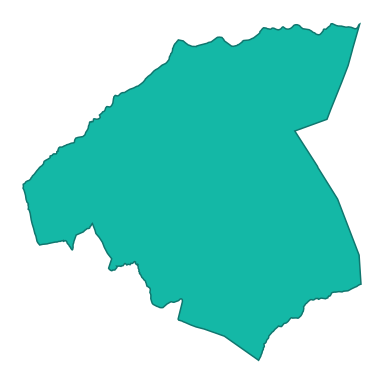 outline of Mudzi, Mashonaland East, Zimbabwe
{"feature_id": "62879985B77595643638308", "entity_name": "Mudzi", "entity_type": "district", "adm_level": 2, "iso_a3": "ZWE", "parent_name": "Zimbabwe", "parent_adm1": "Mashonaland East", "projection": "robinson", "projection_center": [32.554, -17.05], "detail": "fine", "context": "isolated", "style": "filled", "palette": "teal", "viewbox_px": 384, "rotation_deg": 0, "n_neighbors": 0, "source": "geoboundaries", "source_scale": "gbopen_adm2", "svg_char_len": 5804}
<svg xmlns="http://www.w3.org/2000/svg" viewBox="0 0 384 384"><path d="M361.0,284.2L359.1,255.1L337.6,199.1L317.8,167.4L317.6,166.5L294.8,131.0L327.0,119.3L330.9,109.1L341.6,82.5L348.1,65.6L352.4,49.9L352.4,49.6L359.7,24.1L359.2,24.4L358.5,25.4L358.0,26.8L357.2,27.8L356.5,28.5L355.0,28.8L351.2,27.3L348.6,26.9L346.0,27.2L341.4,26.1L338.2,26.0L336.3,25.5L332.4,23.7L331.1,23.8L329.9,26.0L328.6,26.8L325.9,29.3L324.3,29.1L323.8,29.2L323.4,29.7L323.2,30.8L321.3,33.2L320.0,34.5L318.4,34.8L316.2,34.2L314.7,32.9L312.8,32.2L311.6,31.1L309.1,29.7L302.8,28.7L300.7,27.0L300.0,26.1L298.9,25.3L297.0,24.7L295.4,24.8L294.4,25.1L293.7,25.5L292.6,26.8L291.2,28.0L289.9,28.7L288.1,29.2L285.8,28.8L283.2,26.9L282.6,27.0L282.2,27.3L280.7,29.0L279.9,29.4L278.2,29.9L276.1,29.3L273.9,28.2L272.2,28.1L270.8,29.1L270.0,29.3L269.4,29.0L267.3,28.7L266.5,28.2L265.0,27.9L263.5,27.8L262.4,28.7L260.7,30.9L260.0,31.5L259.8,32.9L259.0,33.6L258.7,34.0L253.6,37.9L253.5,38.1L252.5,38.3L249.8,39.7L248.3,40.1L243.7,40.5L242.4,41.3L242.4,41.8L238.7,44.6L238.1,44.6L236.9,45.5L233.1,46.4L232.8,46.2L231.8,46.3L224.4,40.9L223.6,39.3L222.5,38.2L222.1,37.6L221.7,37.4L219.0,37.1L218.4,37.3L217.5,37.3L216.7,37.8L211.2,41.9L208.3,42.5L207.3,43.2L198.7,45.4L197.8,45.8L197.2,45.8L196.3,46.3L196.3,46.5L192.1,46.4L189.2,45.2L188.6,45.2L185.5,42.9L183.2,40.9L178.3,39.9L178.1,40.4L176.9,41.5L176.5,42.2L174.8,44.0L173.9,45.6L173.3,47.4L172.6,48.7L172.6,49.9L172.1,52.0L171.7,52.8L170.8,53.7L170.5,55.0L169.4,56.9L169.2,58.8L168.9,59.7L166.8,62.4L165.6,63.5L162.0,65.2L158.0,68.5L155.7,69.7L153.9,71.0L150.7,74.5L148.2,76.3L145.3,79.1L144.9,80.1L142.9,82.4L138.2,86.0L136.6,86.4L133.6,88.0L129.8,89.3L127.1,90.9L124.6,92.5L122.2,92.7L120.6,93.5L118.9,95.3L118.1,95.8L116.9,95.9L115.7,95.4L115.1,95.5L113.8,97.0L113.7,98.2L113.5,98.5L112.9,102.9L112.0,104.9L110.8,106.5L109.7,107.0L107.4,106.6L106.8,106.6L106.4,107.0L105.6,108.1L105.1,109.9L104.6,110.8L103.6,111.6L102.6,111.9L101.8,113.1L99.4,115.1L99.8,115.8L100.2,117.0L100.2,117.4L99.7,118.1L98.5,118.9L97.3,119.2L96.3,119.2L94.7,118.8L93.6,119.0L93.2,121.0L92.8,121.7L91.6,121.5L91.0,122.2L90.3,121.8L89.7,122.1L89.5,122.7L89.3,124.3L88.5,126.0L88.2,128.3L87.1,130.4L85.8,132.3L85.0,134.7L84.1,135.6L82.8,136.6L78.0,137.4L75.7,138.2L74.8,139.9L74.5,141.1L74.5,142.1L73.8,142.8L71.2,143.2L68.8,144.2L66.6,144.8L65.9,145.3L63.8,146.1L62.9,146.7L61.9,147.1L59.8,147.1L59.0,147.7L58.6,148.2L57.9,150.2L58.2,151.0L57.3,151.3L56.8,151.7L56.8,153.0L56.6,153.4L56.1,153.9L53.7,153.9L53.0,154.3L52.0,155.5L50.4,155.9L50.0,156.2L50.2,157.4L50.0,157.8L48.0,159.1L45.7,160.3L44.1,161.4L43.4,164.0L41.7,165.9L40.7,166.5L39.3,167.7L39.2,168.1L36.8,170.8L34.3,174.2L32.4,176.0L31.8,177.2L31.1,177.9L30.7,178.9L29.8,179.9L29.1,180.4L27.5,180.9L25.9,181.8L24.9,183.3L23.2,184.3L23.4,186.8L23.0,188.1L24.0,190.1L24.8,192.7L25.5,195.3L26.1,199.4L27.0,202.2L27.7,202.8L28.4,204.2L28.0,204.8L28.5,207.0L28.2,209.3L29.2,210.0L30.2,213.5L31.2,219.8L32.2,224.0L33.6,228.5L34.8,233.4L35.9,236.1L37.0,241.2L37.8,242.7L39.7,245.0L42.8,244.3L47.1,243.9L48.5,243.5L55.1,242.1L57.2,242.0L58.8,241.4L60.3,241.4L62.0,240.7L62.5,240.7L63.3,241.2L63.5,240.6L64.1,241.1L64.9,240.6L65.5,240.6L66.0,240.8L66.2,241.3L66.9,241.9L67.1,242.9L67.5,243.6L68.8,244.9L69.5,246.3L70.3,247.0L70.3,247.4L70.7,247.7L70.9,248.5L71.3,248.9L71.7,249.6L72.4,249.8L72.7,249.3L73.1,247.3L73.0,245.7L73.2,243.9L73.7,242.9L73.8,241.8L76.2,235.0L83.3,231.9L85.2,230.0L85.4,230.0L87.1,228.6L88.5,228.5L89.5,228.1L89.8,227.7L90.1,226.6L91.0,225.7L91.8,224.1L92.4,223.5L95.0,230.2L95.9,233.5L99.3,237.5L102.4,242.3L104.3,247.3L107.5,253.4L111.7,258.8L108.6,268.2L109.5,269.6L110.1,269.8L110.6,270.3L111.4,270.7L112.2,270.6L112.6,270.1L114.7,270.0L115.1,269.8L115.3,269.3L115.9,268.8L116.9,267.5L117.1,266.9L116.7,266.2L117.7,266.3L118.3,266.1L119.7,266.1L121.0,266.4L121.5,265.9L123.0,265.7L124.4,263.9L124.9,263.5L125.4,263.6L126.9,265.0L127.5,264.5L128.0,264.3L128.9,264.4L130.1,264.7L130.9,263.3L131.6,263.5L132.6,263.3L134.4,261.6L135.5,262.0L135.4,263.3L135.7,263.8L136.8,264.6L137.2,264.2L137.6,264.2L138.0,264.6L137.9,264.9L137.4,265.2L138.2,266.4L138.2,268.1L139.0,269.8L138.9,271.5L139.7,272.6L139.5,273.5L140.7,274.8L141.9,277.4L142.9,278.3L144.2,280.1L144.9,280.5L145.4,281.1L145.9,282.7L146.4,283.7L146.5,284.7L147.1,286.3L147.4,286.3L149.5,287.8L149.8,288.1L150.2,289.0L150.3,289.8L149.9,292.4L150.7,294.3L150.9,295.5L150.8,298.7L151.6,301.5L152.3,303.4L153.2,304.4L157.0,306.4L157.6,306.5L160.0,307.6L161.4,307.7L162.9,307.6L167.0,304.0L170.8,301.8L171.4,301.7L172.0,302.0L173.9,302.3L178.6,300.6L179.9,299.3L180.8,298.8L181.1,298.8L181.9,299.2L182.3,299.7L182.4,301.7L178.1,319.1L178.7,320.1L181.9,321.0L183.6,321.9L184.8,322.3L190.7,324.9L196.0,326.9L204.4,329.1L224.4,336.2L258.6,360.3L260.8,356.2L261.1,355.0L261.9,353.3L262.5,350.8L263.3,349.5L263.5,347.5L264.3,346.8L264.3,346.0L264.0,344.8L264.0,343.8L264.8,343.5L265.9,342.5L266.6,340.4L267.2,339.4L268.1,338.6L268.6,337.8L268.8,336.2L269.1,335.7L272.3,332.0L273.3,331.4L275.0,329.3L277.9,326.8L278.2,326.2L278.6,326.0L279.9,326.5L281.6,326.5L284.0,323.5L286.1,323.0L286.7,322.6L288.1,321.4L290.0,318.9L291.2,317.8L291.8,317.7L292.4,318.1L296.1,317.9L298.0,318.2L298.9,317.7L299.6,317.0L300.9,315.8L302.0,314.0L302.5,312.5L303.3,311.2L303.8,308.5L303.6,306.6L304.5,305.7L305.6,303.9L306.5,303.3L307.6,302.1L309.7,300.2L310.8,299.6L312.1,299.7L312.9,300.0L313.9,299.8L316.0,298.4L316.9,298.6L317.9,298.4L318.4,299.2L318.8,299.3L319.7,298.7L321.1,298.1L324.6,298.6L325.3,298.8L327.9,297.8L328.1,296.9L328.7,296.1L329.5,296.1L330.3,295.7L331.1,294.2L331.4,293.3L332.4,292.5L334.2,292.1L335.9,292.1L338.9,291.6L342.1,291.9L343.7,291.2L348.0,290.8L351.8,288.7L355.8,286.8L356.6,286.6L358.3,285.3L359.9,284.5L361.0,284.2Z" fill="#14b8a6" stroke="#0f766e" stroke-width="1.5"/></svg>